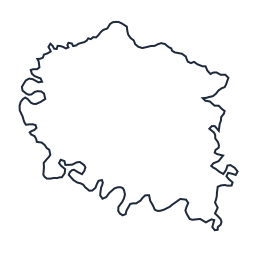 Bandeirantes, Paraná, Brazil, rotated 177°
{"feature_id": "56859067B46104527016963", "entity_name": "Bandeirantes", "entity_type": "district", "adm_level": 2, "iso_a3": "BRA", "parent_name": "Brazil", "parent_adm1": "Paraná", "projection": "orthographic", "projection_center": [-50.339, -23.154], "detail": "fine", "context": "isolated", "style": "outline", "palette": "slate", "viewbox_px": 256, "rotation_deg": 177, "n_neighbors": 0, "source": "geoboundaries", "source_scale": "gbopen_adm2", "svg_char_len": 3508}
<svg xmlns="http://www.w3.org/2000/svg" viewBox="0 0 256 256"><g transform="rotate(177 128 128)"><path d="M222.1,191.0L221.1,187.2L218.6,184.7L212.7,182.1L211.4,178.7L215.0,178.3L217.8,180.0L220.7,181.8L224.2,182.5L227.5,180.9L229.8,177.7L231.8,174.6L231.4,170.9L227.7,167.6L225.4,166.4L222.6,166.6L219.3,168.9L216.5,169.5L212.9,169.1L210.1,166.9L209.1,161.3L213.9,158.6L218.7,156.8L221.3,157.1L223.6,158.3L226.6,162.1L229.0,163.8L231.3,162.5L233.7,159.8L235.1,156.0L235.2,151.2L232.7,145.2L231.9,141.6L231.1,139.0L229.8,136.6L225.9,136.8L223.1,136.7L220.2,135.8L219.4,132.9L221.7,130.9L224.3,130.0L226.4,128.8L225.2,126.7L221.7,124.7L220.3,121.9L219.8,118.9L215.0,118.0L212.1,115.4L210.1,112.1L207.8,110.4L207.0,105.3L208.7,103.0L210.8,101.0L214.0,97.6L214.0,93.0L215.0,85.8L213.9,83.6L211.6,81.7L208.1,81.5L204.3,82.0L201.4,81.7L199.1,82.3L196.6,82.3L193.6,86.1L192.9,90.2L196.8,93.8L198.7,96.6L196.9,99.8L193.2,98.3L192.5,94.4L188.5,94.3L185.6,94.3L181.2,96.3L177.9,96.6L173.8,93.3L172.6,90.9L173.9,87.4L176.4,84.3L180.8,86.8L184.0,89.1L186.3,88.7L188.4,86.9L189.6,84.3L185.2,78.8L181.5,76.2L178.2,75.2L175.7,73.8L173.8,71.0L169.9,67.4L167.0,67.4L163.7,69.9L161.9,73.9L160.2,76.8L156.8,77.4L156.0,74.8L156.8,72.3L157.9,70.1L158.8,65.8L159.3,62.3L157.2,58.7L153.3,60.2L150.1,64.1L147.2,66.4L144.7,68.4L141.7,69.3L138.8,69.3L136.5,68.4L135.3,66.3L134.5,61.8L135.7,58.0L137.6,54.5L141.7,49.7L142.1,45.7L140.5,42.9L137.9,41.1L134.9,42.1L133.8,45.7L132.4,47.9L129.8,52.0L127.0,52.5L123.8,52.3L119.2,54.9L117.5,57.1L114.4,59.8L110.5,59.8L109.6,54.1L107.0,49.0L105.6,45.1L103.0,43.7L100.5,43.6L96.5,44.5L90.5,47.1L88.5,48.7L79.4,54.4L73.8,53.4L71.8,50.0L73.8,45.9L75.0,42.6L74.0,39.5L72.6,36.7L71.1,33.9L68.5,33.0L60.7,33.4L55.2,29.7L49.5,32.4L46.7,31.5L49.0,24.7L46.7,21.4L43.8,21.7L43.5,24.4L40.5,26.6L39.5,29.6L40.3,32.2L43.4,35.8L45.6,38.1L42.6,43.7L45.0,49.0L43.8,52.1L42.9,55.3L42.6,58.5L41.5,64.6L38.2,65.8L34.4,66.0L31.5,65.2L27.6,65.1L26.4,68.2L30.2,71.9L32.2,74.7L30.3,78.0L25.7,76.6L22.9,75.5L20.8,78.8L23.6,82.7L27.6,85.6L30.6,85.3L32.3,80.9L35.2,77.1L38.9,79.4L42.7,82.7L44.8,83.9L46.9,85.8L44.6,88.3L39.2,90.2L34.5,95.5L40.4,97.3L42.7,98.8L41.8,101.4L38.5,103.6L38.1,106.0L38.9,109.2L41.4,113.0L41.3,116.5L42.3,118.9L46.8,123.0L44.3,125.5L41.2,125.3L37.5,120.5L36.2,127.4L34.9,130.3L34.3,134.2L31.6,137.1L30.6,139.9L33.5,142.3L36.2,145.5L40.4,145.8L44.9,150.2L49.5,151.3L51.8,153.9L48.1,154.0L45.6,154.7L41.6,155.3L38.4,157.6L35.5,160.9L32.3,162.8L29.3,163.8L27.7,166.5L26.6,169.4L25.1,172.8L28.0,176.1L32.6,176.3L36.9,178.9L40.1,178.9L42.8,177.6L45.7,181.1L47.3,185.5L50.3,185.7L55.2,187.9L58.6,190.6L61.7,189.5L64.8,191.1L65.8,193.7L66.5,196.3L70.2,199.3L73.8,200.2L77.2,201.0L79.9,202.8L80.7,205.3L82.8,206.4L84.9,208.2L86.6,209.9L90.4,211.0L93.8,210.1L97.3,208.6L100.8,208.7L104.8,207.9L109.5,207.1L113.5,208.6L116.4,211.3L117.7,215.2L120.7,217.7L122.9,221.2L123.5,224.2L123.7,226.7L123.9,229.3L128.6,232.7L131.9,234.4L135.0,234.6L137.7,234.4L140.5,232.8L143.4,228.5L147.7,227.2L150.4,225.0L152.5,222.5L155.0,220.2L158.1,220.5L160.5,218.7L163.0,219.6L164.7,217.4L167.2,216.0L169.9,215.5L173.1,214.7L175.6,213.1L178.5,212.7L179.6,215.3L183.0,216.2L184.2,213.9L183.3,211.6L185.9,210.7L188.6,212.4L191.4,213.4L194.0,213.7L195.1,210.6L197.6,211.1L199.1,214.1L201.1,216.2L203.2,213.1L202.0,210.8L201.2,208.4L204.6,206.7L208.1,205.7L209.4,202.7L212.1,201.7L214.9,201.7L213.8,199.4L213.5,196.6L213.3,193.2L215.7,191.5L219.4,191.7L222.1,191.0Z" fill="none" stroke="#1e293b" stroke-width="2"/></g></svg>